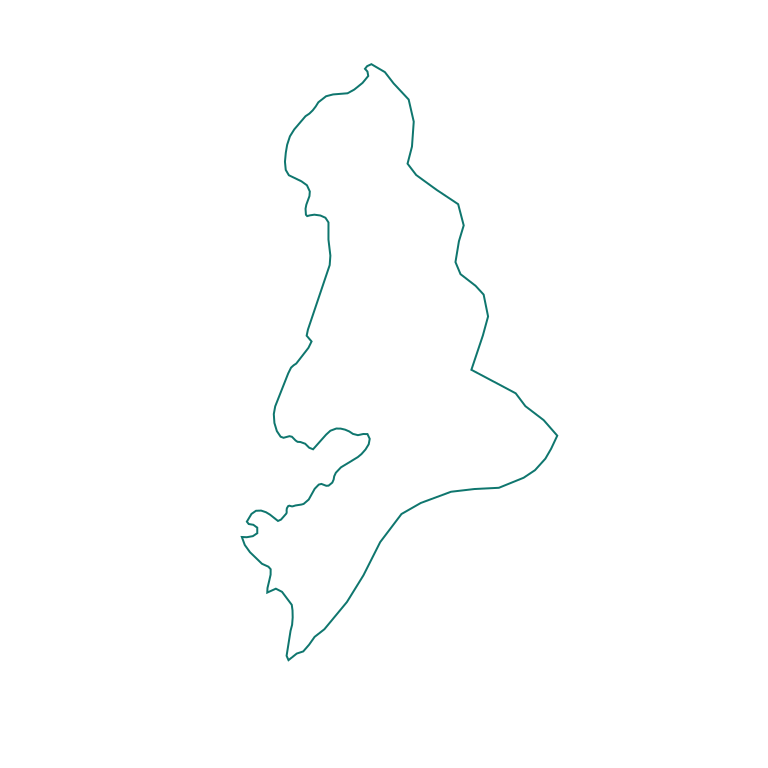 outline of Mandiana, rotated 202°
{"feature_id": "GIN-5654", "entity_name": "Mandiana", "entity_type": "Prefecture", "adm_level": 1, "iso_a3": "GIN", "parent_name": "Guinea", "parent_adm1": "", "projection": "equal_earth", "projection_center": [-8.495, 10.8], "detail": "fine", "context": "isolated", "style": "outline", "palette": "teal", "viewbox_px": 768, "rotation_deg": 202, "n_neighbors": 0, "source": "natural_earth", "source_scale": "10m", "svg_char_len": 2204}
<svg xmlns="http://www.w3.org/2000/svg" viewBox="0 0 768 768"><g transform="rotate(202 384 384)"><path d="M557.1,602.9L554.5,606.7L552.6,611.0L551.3,615.6L550.4,620.6L545.5,629.1L539.7,633.4L526.7,639.9L521.9,645.8L516.7,655.1L514.0,663.7L516.4,667.5L519.7,669.1L518.7,672.4L515.5,675.8L500.0,673.5L487.7,666.3L467.7,657.0L454.7,638.4L447.0,614.6L444.7,597.1L432.4,589.8L407.9,583.7L382.6,578.5L369.5,560.9L368.0,544.4L363.4,523.8L354.2,514.5L335.8,509.3L325.1,504.2L312.8,485.6L310.5,466.0L308.3,429.9L258.4,424.7L244.6,416.4L222.4,410.3L204.0,401.0L204.8,386.5L206.4,375.2L211.7,360.7L219.4,349.4L238.6,330.8L260.8,320.5L281.5,309.2L305.3,287.5L319.1,270.0L328.3,236.0L331.4,198.9L336.7,168.0L347.4,134.3L353.6,123.6L355.8,114.2L358.7,105.8L363.9,101.4L369.1,92.2L372.5,95.5L378.2,120.2L379.0,126.3L381.2,133.3L384.0,139.8L386.8,144.7L400.7,153.1L407.6,153.7L414.1,146.9L415.6,151.2L416.7,158.5L417.7,164.7L419.7,169.8L422.7,171.3L429.8,171.6L445.2,177.8L452.8,182.6L458.5,188.9L453.9,190.5L448.6,193.8L445.6,198.2L447.7,203.3L452.4,204.5L457.0,203.5L459.6,205.0L458.2,213.9L455.2,218.5L450.5,220.6L445.4,220.9L440.9,220.2L431.0,217.3L428.7,219.7L426.0,227.4L426.2,228.7L427.0,230.4L427.5,232.4L427.1,234.9L426.2,235.7L423.7,236.0L422.8,236.4L420.6,238.2L415.4,241.3L413.6,242.7L410.5,248.7L409.0,260.9L406.8,266.3L404.6,267.9L399.4,268.0L397.3,269.0L395.0,273.2L394.9,276.5L395.6,279.8L395.4,283.7L392.7,290.6L380.9,306.4L378.6,310.7L376.6,316.4L375.6,322.4L376.7,327.8L380.6,331.4L384.6,329.8L389.0,326.8L394.1,326.1L398.4,327.0L403.0,327.1L407.5,326.4L411.6,324.8L416.2,320.6L418.7,315.4L425.3,296.9L429.5,296.9L434.7,299.1L439.8,298.9L442.5,298.0L444.8,298.5L449.6,300.6L452.1,300.2L457.0,296.5L460.1,296.4L465.7,300.2L471.0,306.8L474.9,314.8L476.5,322.5L476.8,358.0L476.3,364.4L474.8,367.5L473.0,370.1L467.6,389.2L467.1,396.3L473.8,399.8L474.9,405.9L478.9,473.9L481.8,482.9L489.6,497.1L496.0,513.0L500.6,516.2L506.1,516.4L512.0,514.9L515.9,512.6L518.1,510.9L519.8,511.7L522.4,517.1L523.2,521.2L523.5,530.3L524.9,534.7L529.9,539.4L536.5,541.0L550.4,541.9L555.3,545.7L559.1,553.0L561.7,561.7L563.4,569.5L564.0,578.4L562.6,586.4L557.1,602.9Z" fill="none" stroke="#0f766e" stroke-width="2"/></g></svg>